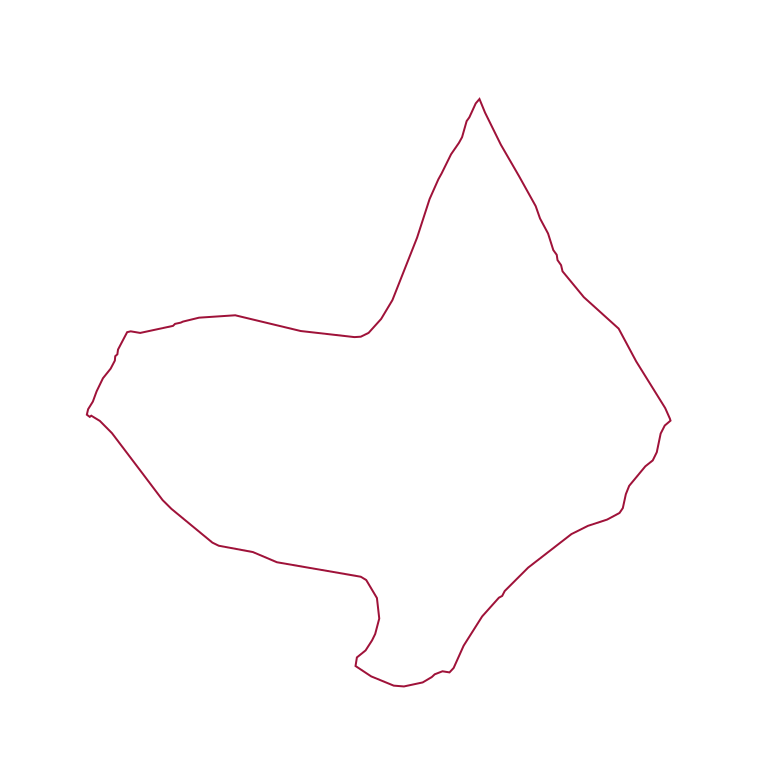 the district of Santa Bárbara, Huehuetenango, Guatemala, rotated 189°
{"feature_id": "79465075B43226162523151", "entity_name": "Santa Bárbara", "entity_type": "district", "adm_level": 2, "iso_a3": "GTM", "parent_name": "Guatemala", "parent_adm1": "Huehuetenango", "projection": "orthographic", "projection_center": [-91.62, 15.332], "detail": "fine", "context": "isolated", "style": "outline", "palette": "rose", "viewbox_px": 768, "rotation_deg": 189, "n_neighbors": 0, "source": "geoboundaries", "source_scale": "gbopen_adm2", "svg_char_len": 1372}
<svg xmlns="http://www.w3.org/2000/svg" viewBox="0 0 768 768"><g transform="rotate(189 384 384)"><path d="M672.7,307.2L669.5,305.5L668.2,306.9L658.9,303.1L645.0,292.9L609.6,258.9L584.5,234.7L574.4,227.4L528.7,200.5L521.9,198.4L487.2,197.5L461.9,191.2L376.8,190.0L370.9,187.6L357.5,171.5L352.0,151.6L353.6,135.7L355.7,128.9L360.5,118.0L368.0,109.7L368.0,101.0L350.9,93.2L327.2,87.6L317.0,88.4L299.1,95.3L290.9,102.1L288.5,105.2L281.3,109.4L274.2,109.4L270.8,114.4L264.4,138.0L250.7,169.8L237.1,190.9L234.1,193.2L232.4,198.4L212.9,225.2L175.4,265.1L160.4,275.8L142.4,285.0L131.2,293.5L128.7,298.8L127.9,313.0L125.9,321.8L113.0,343.6L106.6,350.6L103.9,359.3L103.0,378.3L100.2,386.9L95.3,392.6L96.2,394.5L102.5,404.2L138.4,445.7L160.9,475.4L200.2,501.0L225.3,523.2L227.7,529.1L232.0,533.5L233.6,538.6L237.7,542.7L245.5,558.3L255.8,571.9L262.0,583.4L282.9,610.1L306.0,638.6L326.7,667.9L334.3,680.4L337.3,675.5L341.4,660.8L343.5,656.6L345.5,640.0L347.7,633.9L353.7,621.4L360.1,600.8L362.3,594.8L367.9,573.8L374.2,533.8L388.8,468.2L397.0,447.8L407.2,432.1L414.3,427.1L420.5,425.7L474.5,423.3L541.7,428.6L577.0,420.6L592.3,414.2L594.4,412.8L599.8,410.7L601.5,408.4L632.8,396.3L642.4,396.4L645.8,395.0L652.1,376.4L652.0,371.6L653.8,369.4L653.5,365.0L656.4,356.4L662.5,345.7L666.7,331.8L668.8,321.1L672.3,312.8L672.7,307.2Z" fill="none" stroke="#9f1239" stroke-width="2"/></g></svg>